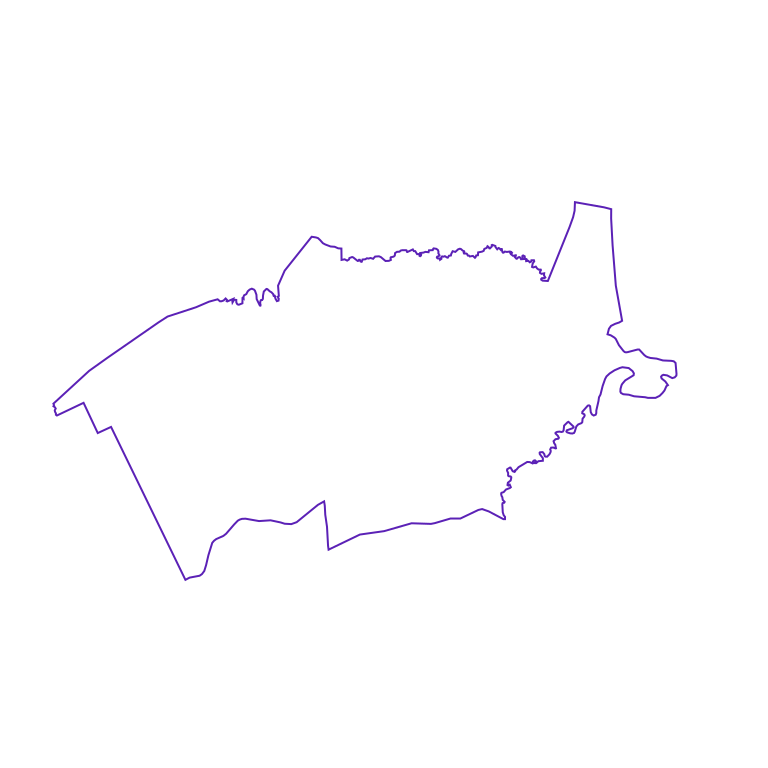 outline of Fairfield, New South Wales, Australia, rotated 325°
{"feature_id": "25037944B49484594449228", "entity_name": "Fairfield", "entity_type": "district", "adm_level": 2, "iso_a3": "AUS", "parent_name": "Australia", "parent_adm1": "New South Wales", "projection": "orthographic", "projection_center": [150.93, -33.867], "detail": "fine", "context": "isolated", "style": "outline", "palette": "violet", "viewbox_px": 768, "rotation_deg": 325, "n_neighbors": 0, "source": "geoboundaries", "source_scale": "gbopen_adm2", "svg_char_len": 6161}
<svg xmlns="http://www.w3.org/2000/svg" viewBox="0 0 768 768"><g transform="rotate(325 384 384)"><path d="M101.9,210.5L101.6,212.1L100.5,212.6L101.1,214.3L101.0,215.8L99.2,216.7L98.6,218.0L98.4,219.9L97.6,221.0L98.0,222.2L127.1,227.1L121.4,260.0L135.8,262.6L109.0,430.5L113.7,431.1L123.0,435.3L125.8,435.3L129.5,434.1L134.3,430.4L142.0,423.5L152.2,415.6L154.9,414.9L157.7,414.8L165.3,416.3L168.8,416.1L180.7,413.1L185.8,412.1L188.0,412.3L190.3,413.0L193.3,414.9L203.0,424.6L212.9,430.6L219.9,438.1L222.5,441.5L227.7,445.6L233.2,447.1L260.5,445.1L267.6,445.8L265.7,449.7L260.9,457.4L255.4,468.3L245.4,484.4L243.6,487.9L277.9,493.5L299.7,504.6L326.7,513.9L342.2,525.5L345.8,527.1L361.2,532.3L369.4,538.0L389.1,541.3L392.6,542.7L396.7,548.4L404.3,563.2L405.6,564.1L406.9,562.3L406.8,560.1L407.7,557.2L412.0,550.3L412.9,549.6L414.4,550.2L415.2,549.8L414.8,547.0L416.0,544.6L416.1,543.1L416.9,541.2L417.8,540.5L420.0,541.2L423.4,540.4L427.5,541.4L428.7,541.3L429.3,538.4L428.9,538.2L427.6,538.5L427.2,537.6L428.9,535.9L432.4,535.7L434.4,533.9L434.8,533.3L434.7,532.4L433.4,531.2L433.1,530.3L434.7,528.0L435.1,525.5L436.0,524.5L439.3,524.7L439.7,525.1L439.4,529.3L440.5,530.9L441.3,530.8L441.6,530.0L443.6,530.1L446.5,529.3L456.6,530.0L458.6,531.6L460.2,534.3L460.7,534.1L461.5,532.9L462.9,532.7L463.9,533.1L464.2,534.4L461.9,535.1L463.3,536.1L466.2,535.8L470.1,538.0L471.6,535.9L471.4,530.8L472.0,529.6L472.6,529.4L474.9,530.8L475.1,533.3L474.3,535.4L474.7,536.2L475.9,537.1L479.1,536.5L481.1,535.5L482.2,534.5L482.6,532.9L484.4,532.0L486.2,533.1L487.5,535.1L488.0,535.3L489.5,531.9L489.4,530.3L490.1,528.1L492.8,527.6L495.4,528.8L496.4,528.4L496.7,526.1L496.1,522.9L496.6,522.3L498.3,522.5L500.5,523.7L501.8,525.1L503.2,525.6L504.5,525.0L507.7,521.4L512.5,520.6L513.4,520.8L514.8,527.5L514.5,528.2L513.1,528.4L507.2,526.8L506.1,527.6L506.3,528.7L508.2,531.2L509.9,532.6L511.6,533.1L513.0,532.4L517.2,529.1L519.9,528.5L523.3,529.3L524.5,529.0L526.8,526.3L529.3,525.6L530.4,524.8L530.7,523.7L529.6,521.7L530.6,520.5L538.5,518.6L539.7,519.1L540.1,520.4L537.2,525.7L536.9,528.2L537.7,530.1L539.8,530.6L541.2,529.6L542.7,527.5L549.9,521.0L552.5,518.2L555.3,516.8L562.0,511.0L568.0,506.7L570.6,505.4L574.9,504.8L580.7,505.0L586.3,506.1L588.9,507.0L593.6,511.3L595.0,516.0L594.8,518.6L593.5,520.0L583.7,519.4L579.4,520.5L577.9,521.2L574.9,523.7L573.2,525.9L573.0,527.3L574.1,529.6L578.4,533.2L581.8,537.5L590.3,544.6L592.3,546.8L598.5,551.1L603.0,551.8L607.0,551.1L610.0,550.2L614.2,547.7L615.9,547.8L615.9,543.3L614.6,538.7L615.1,537.0L616.4,536.5L618.1,536.7L620.9,539.4L623.5,544.5L625.9,545.3L628.3,544.8L629.4,543.5L634.9,534.0L634.4,531.6L632.6,529.8L626.0,524.7L621.9,519.6L617.2,515.5L615.5,513.4L614.5,511.8L613.8,509.5L612.8,502.1L611.5,501.2L602.0,497.7L600.4,496.9L599.5,495.9L599.1,494.3L598.7,487.0L599.7,480.1L599.4,478.2L597.7,474.2L595.6,471.5L599.9,467.8L603.3,466.6L607.9,467.3L611.9,468.5L615.3,468.8L630.3,436.4L650.8,401.5L665.0,378.7L670.4,371.1L665.6,365.5L644.7,344.6L639.5,351.4L634.6,355.8L626.1,361.8L577.3,393.6L573.2,390.3L572.6,388.7L573.0,388.1L574.1,387.9L576.3,389.3L577.2,389.3L577.4,386.7L578.7,385.2L576.2,384.1L575.5,382.4L576.1,381.6L577.9,380.7L578.0,380.2L576.3,379.0L575.7,377.2L575.7,374.9L573.1,374.1L572.4,373.0L574.9,370.6L577.5,369.6L577.8,368.6L575.7,367.2L574.7,368.1L573.2,367.9L572.9,365.9L570.9,364.9L571.1,364.5L572.0,364.4L572.4,363.9L572.3,363.3L571.1,362.4L572.5,360.1L571.7,358.5L571.0,358.4L570.4,358.9L569.5,361.4L567.8,360.4L568.1,358.6L567.6,357.6L566.8,357.3L564.7,357.6L564.3,357.3L564.0,355.1L565.6,354.6L565.8,354.1L563.2,353.0L562.4,350.4L562.5,349.6L563.4,350.2L564.1,350.0L564.0,348.8L563.1,347.7L560.4,346.3L558.9,344.8L557.3,345.0L556.8,344.7L556.7,343.8L557.9,341.0L557.5,340.7L556.6,341.1L556.3,339.0L555.8,338.3L554.0,338.6L553.9,335.8L554.4,334.8L552.5,332.1L551.9,332.0L551.2,333.2L548.5,333.7L548.1,333.3L548.2,331.5L547.8,330.5L546.2,331.4L543.7,330.9L542.0,332.1L540.2,331.8L536.6,330.2L534.8,332.4L533.3,331.6L531.6,332.7L530.9,332.8L530.3,330.1L527.4,328.7L527.2,327.5L526.3,326.8L526.6,325.3L526.4,324.5L524.4,323.0L524.6,322.1L525.6,321.8L525.8,321.2L525.0,320.0L524.4,317.5L523.7,316.7L522.0,316.2L518.2,316.7L516.4,314.6L513.7,316.0L512.5,317.1L510.8,316.2L508.7,317.1L508.2,316.6L507.2,314.2L505.9,313.9L504.8,312.8L503.9,312.9L502.8,314.4L501.2,314.4L501.8,313.2L500.2,312.2L499.8,311.4L499.9,310.6L500.5,310.2L502.4,310.6L503.3,310.4L503.5,308.1L504.6,306.7L505.0,305.1L504.4,303.3L502.5,301.4L502.0,301.4L500.7,302.3L497.5,300.3L496.1,301.6L493.7,299.5L491.7,299.0L488.7,297.4L488.3,297.8L488.6,299.4L487.9,300.0L486.9,300.0L486.6,299.3L487.6,297.9L485.6,296.6L485.8,293.1L484.6,292.2L484.8,290.3L478.9,289.3L478.6,288.9L479.1,287.6L478.9,287.1L475.8,284.9L474.3,284.3L472.6,284.5L470.5,283.2L468.2,283.1L466.5,285.0L465.0,285.2L462.2,284.1L461.6,284.5L460.8,286.3L458.6,285.9L455.8,284.1L454.2,278.2L453.1,276.5L449.8,274.5L446.9,275.2L445.3,273.1L443.2,272.3L442.1,271.2L440.2,271.1L437.8,269.7L435.9,271.1L435.6,271.0L435.1,270.2L435.4,268.4L434.7,267.9L433.7,268.4L433.0,268.1L431.4,262.7L430.7,261.7L427.9,261.0L426.8,261.9L424.6,261.8L423.3,259.3L420.4,258.0L426.8,248.6L424.3,246.6L422.3,243.3L419.1,240.7L415.9,236.0L414.7,233.6L414.2,229.4L413.6,226.6L412.3,224.9L409.2,221.9L367.6,234.2L353.6,242.7L348.4,251.5L347.2,251.6L347.3,252.1L346.7,252.6L346.7,253.8L345.4,255.2L343.8,254.7L344.0,252.0L344.6,250.3L345.1,250.0L345.1,249.2L344.6,249.3L344.2,248.7L344.6,248.2L344.4,247.6L344.8,246.8L344.4,244.3L343.6,242.6L342.9,239.4L342.2,238.7L338.6,239.3L335.6,242.2L333.6,244.8L332.4,245.3L331.5,244.7L330.5,245.1L329.0,246.6L328.2,248.5L327.7,248.9L327.3,248.5L328.4,241.4L330.7,237.7L331.8,233.6L331.7,232.2L330.4,230.1L328.1,229.6L325.6,229.9L322.7,231.4L320.3,231.1L318.9,232.0L318.1,233.3L317.9,232.3L317.5,232.3L314.3,236.7L310.9,235.9L310.1,235.4L309.6,234.5L309.8,232.5L311.2,230.4L309.6,229.0L306.7,230.3L307.2,229.3L309.4,227.8L303.0,226.5L302.6,225.9L303.6,225.0L303.3,223.1L300.5,223.6L298.3,223.0L297.1,222.2L296.3,219.2L287.9,216.2L274.0,213.3L245.4,204.6L234.6,204.2L172.8,203.9L150.1,204.1L101.9,210.5Z" fill="none" stroke="#5b21b6" stroke-width="2"/></g></svg>